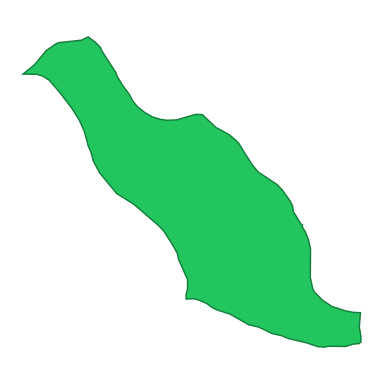 the district of San Miguel Acatán, Huehuetenango, Guatemala
{"feature_id": "79465075B13081043036874", "entity_name": "San Miguel Acatán", "entity_type": "district", "adm_level": 2, "iso_a3": "GTM", "parent_name": "Guatemala", "parent_adm1": "Huehuetenango", "projection": "robinson", "projection_center": [-91.621, 15.749], "detail": "fine", "context": "isolated", "style": "filled", "palette": "green", "viewbox_px": 384, "rotation_deg": 0, "n_neighbors": 0, "source": "geoboundaries", "source_scale": "gbopen_adm2", "svg_char_len": 1245}
<svg xmlns="http://www.w3.org/2000/svg" viewBox="0 0 384 384"><path d="M360.9,342.0L361.0,337.2L359.3,326.8L360.5,312.7L353.4,312.4L345.3,310.8L331.3,306.3L330.2,305.3L322.7,300.4L314.2,291.8L312.7,288.6L310.3,277.6L310.5,248.8L308.4,239.6L305.1,231.3L302.5,227.5L302.4,224.8L301.0,224.1L293.4,211.7L292.5,205.8L290.3,201.4L282.4,190.1L276.8,184.4L257.9,171.8L252.2,164.7L245.0,153.6L238.8,143.3L235.6,140.1L229.2,134.7L216.0,127.5L202.2,114.6L195.4,114.4L176.8,119.9L167.3,120.3L161.0,119.5L152.7,117.1L144.5,112.3L137.1,106.4L132.7,100.9L129.2,94.2L123.4,86.5L117.3,76.7L115.8,72.5L101.8,50.9L100.5,47.6L95.3,42.2L88.1,36.9L81.5,40.2L59.0,42.6L56.0,43.8L46.1,50.7L37.9,60.7L34.4,64.9L23.0,74.1L36.9,74.3L42.5,76.0L49.1,80.1L58.9,91.4L71.8,108.2L79.1,119.8L84.3,131.3L88.3,146.1L91.2,152.9L93.3,160.9L99.3,172.4L116.6,193.5L134.0,204.4L158.5,225.5L163.6,230.9L170.9,242.1L173.6,246.6L177.5,253.8L178.5,259.2L187.6,279.7L187.5,289.2L186.2,293.9L186.1,299.0L194.2,298.8L198.6,300.0L206.8,303.5L211.4,307.1L216.7,309.8L230.0,314.1L248.6,324.7L258.7,327.1L272.1,333.5L282.2,335.8L288.1,338.5L306.6,342.8L317.6,346.6L324.1,347.1L329.6,346.2L345.7,346.5L352.6,344.2L359.0,343.6L360.9,342.0Z" fill="#22c55e" stroke="#15803d" stroke-width="1.5"/></svg>